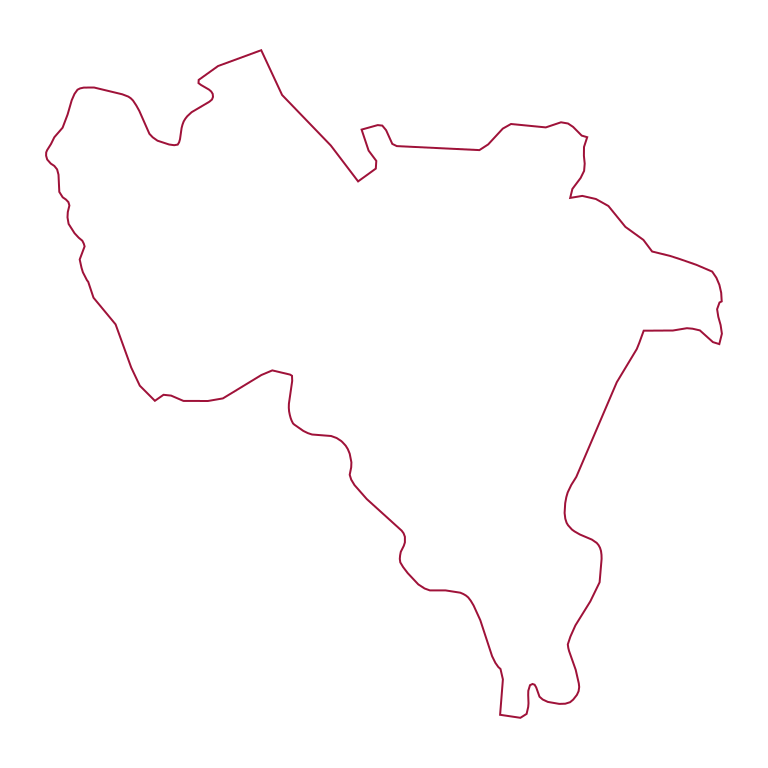 Pavia, orthographic projection
{"feature_id": "ITA-5449", "entity_name": "Pavia", "entity_type": "Province", "adm_level": 1, "iso_a3": "ITA", "parent_name": "Italy", "parent_adm1": "", "projection": "orthographic", "projection_center": [9.018, 45.044], "detail": "fine", "context": "isolated", "style": "outline", "palette": "rose", "viewbox_px": 768, "rotation_deg": 0, "n_neighbors": 0, "source": "natural_earth", "source_scale": "10m", "svg_char_len": 2973}
<svg xmlns="http://www.w3.org/2000/svg" viewBox="0 0 768 768"><path d="M261.2,50.2L282.1,95.0L330.8,145.5L358.1,181.4L375.8,168.6L376.3,160.9L368.6,150.6L361.6,129.6L377.7,125.1L382.3,125.6L386.1,130.2L392.3,143.9L396.8,146.1L479.4,150.1L488.2,144.4L502.8,128.6L511.0,124.0L545.8,127.4L561.0,122.3L568.0,123.5L573.1,126.9L581.7,135.6L587.2,137.2L584.0,147.0L583.9,155.7L584.7,163.6L584.1,170.9L580.6,178.0L572.4,188.9L570.2,197.9L582.3,195.9L595.9,199.0L608.4,206.0L625.4,226.9L643.4,239.9L652.1,251.5L670.0,255.9L679.9,259.1L696.3,264.8L712.2,271.6L716.4,277.8L719.4,284.9L721.2,292.8L721.7,301.4L719.5,302.5L717.1,309.2L718.3,316.8L720.6,325.0L721.9,333.7L719.3,344.1L712.9,342.1L699.9,330.4L692.5,328.7L686.9,328.2L673.0,330.5L643.7,330.7L639.3,342.8L636.8,349.0L616.8,382.2L576.3,476.9L571.3,484.9L567.7,492.4L566.3,497.2L565.2,503.2L564.6,513.0L565.3,518.7L566.6,522.8L568.1,525.3L572.0,529.6L574.5,531.4L579.9,534.5L591.9,539.6L596.8,543.0L598.6,545.2L600.0,547.8L601.0,551.0L601.5,554.9L601.6,558.9L599.6,582.3L590.3,601.4L575.4,625.4L570.4,636.6L567.8,644.4L568.3,648.0L569.1,651.1L575.7,669.8L578.8,683.4L579.2,687.0L578.6,691.2L576.9,694.9L573.2,699.6L570.1,702.2L565.3,703.7L559.3,703.9L547.8,701.9L542.7,699.5L539.5,696.7L536.2,687.4L534.6,684.7L532.5,684.0L530.0,685.2L528.3,690.8L528.2,695.0L528.5,703.3L528.2,707.0L526.6,713.9L520.4,717.8L500.1,714.8L502.9,679.4L500.5,669.0L498.3,667.0L495.4,662.9L492.1,656.2L480.3,620.2L473.6,605.5L470.8,600.8L468.2,597.4L465.9,595.5L463.3,594.0L460.3,592.7L445.5,590.4L429.9,590.4L424.6,588.5L418.3,584.4L407.7,573.1L403.2,567.2L400.3,562.4L399.8,558.9L400.1,555.4L400.8,551.8L403.8,545.8L404.9,542.4L404.9,536.8L403.6,533.3L401.7,530.7L366.8,499.1L354.5,485.1L351.2,479.6L349.7,474.8L351.2,467.3L351.4,462.3L349.7,453.7L347.8,449.1L345.7,445.7L342.4,442.1L341.2,441.0L336.6,438.0L331.1,436.0L312.0,434.5L307.8,433.1L303.3,430.9L294.3,424.6L293.0,423.4L291.6,420.6L290.6,417.9L289.8,414.9L289.1,411.4L288.8,407.8L288.9,403.8L292.2,380.9L292.0,375.8L290.1,374.6L272.3,370.4L261.4,375.0L222.9,398.4L207.9,401.0L183.4,400.9L171.1,395.6L163.5,394.8L154.9,400.8L139.8,385.7L131.2,367.5L115.6,324.4L93.5,297.7L88.2,281.8L87.0,280.3L82.9,272.3L81.5,267.7L79.7,259.5L84.6,246.4L83.8,243.7L82.3,240.7L78.7,237.7L74.6,233.3L68.6,223.9L67.5,217.4L67.8,212.0L69.4,205.5L68.4,202.1L65.9,199.5L62.7,197.3L59.3,191.9L58.5,174.7L57.1,169.4L54.3,165.9L50.8,163.6L47.2,159.5L46.1,155.7L46.2,152.4L47.1,150.2L51.0,144.0L54.3,137.3L55.4,136.0L62.6,127.7L67.6,114.5L71.7,100.3L74.5,93.9L77.5,89.7L80.1,88.4L83.8,87.6L94.0,87.5L122.3,94.3L128.3,96.6L130.8,98.3L133.0,100.5L136.3,105.5L139.3,110.9L149.4,133.8L152.7,137.3L157.5,140.7L169.1,144.5L174.2,145.2L177.7,144.6L179.1,142.3L180.0,139.2L181.6,128.0L182.5,124.6L183.7,121.4L185.4,118.6L187.3,116.2L191.6,112.2L209.4,101.7L212.0,99.5L213.0,96.9L212.7,93.9L211.2,91.5L209.0,89.6L200.9,84.9L198.5,83.1L198.7,79.9L218.1,66.0L261.2,50.2Z" fill="none" stroke="#9f1239" stroke-width="2"/></svg>